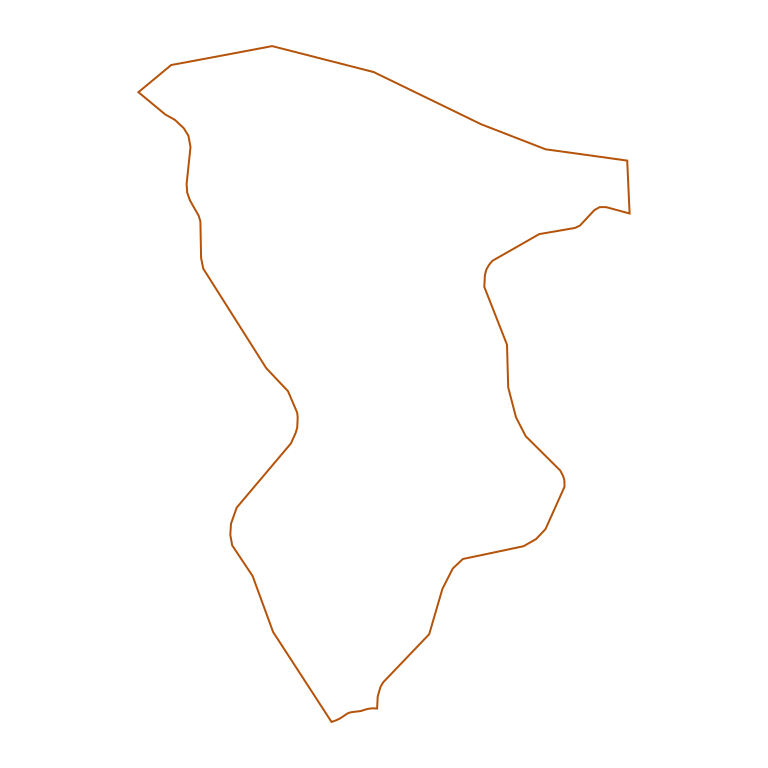 SVG path tracing the border of Southwark
{"feature_id": "GBR-2771", "entity_name": "Southwark", "entity_type": "London Borough", "adm_level": 1, "iso_a3": "GBR", "parent_name": "United Kingdom", "parent_adm1": "", "projection": "robinson", "projection_center": [-0.067, 51.465], "detail": "fine", "context": "isolated", "style": "outline", "palette": "amber", "viewbox_px": 768, "rotation_deg": 0, "n_neighbors": 0, "source": "natural_earth", "source_scale": "10m", "svg_char_len": 1056}
<svg xmlns="http://www.w3.org/2000/svg" viewBox="0 0 768 768"><path d="M272.1,46.1L374.2,72.2L376.2,73.3L481.2,124.3L545.6,149.3L627.2,160.6L629.6,213.5L606.0,207.1L599.7,207.1L594.4,210.1L579.9,225.6L575.1,227.9L539.2,234.1L492.4,260.8L489.0,264.9L486.4,269.5L484.9,275.1L484.3,286.9L507.0,344.7L508.2,387.4L516.0,417.3L525.7,436.2L560.3,470.6L563.2,476.2L564.4,480.4L564.5,486.8L545.5,529.1L536.1,539.0L523.6,546.2L462.8,559.0L452.8,568.5L442.4,588.9L429.2,634.2L383.1,682.4L380.4,687.1L377.7,696.6L377.1,708.5L372.9,708.3L369.0,708.7L366.9,709.1L360.9,711.0L358.8,711.3L351.9,712.1L350.3,712.5L348.8,712.8L347.3,713.6L339.9,718.5L335.9,720.4L331.5,721.9L273.1,632.0L252.6,576.0L232.2,545.4L230.3,534.8L231.0,523.7L236.7,507.6L291.0,443.3L295.7,432.8L297.2,427.7L297.7,417.6L297.2,412.7L288.0,391.2L266.2,368.1L203.3,268.7L201.1,258.1L200.4,221.5L198.7,215.8L189.9,200.3L187.2,192.6L186.6,184.0L190.5,147.0L188.4,135.7L183.7,128.1L174.8,119.8L165.3,114.5L138.4,92.2L171.2,65.0L199.8,59.7L272.1,46.1Z" fill="none" stroke="#b45309" stroke-width="2"/></svg>